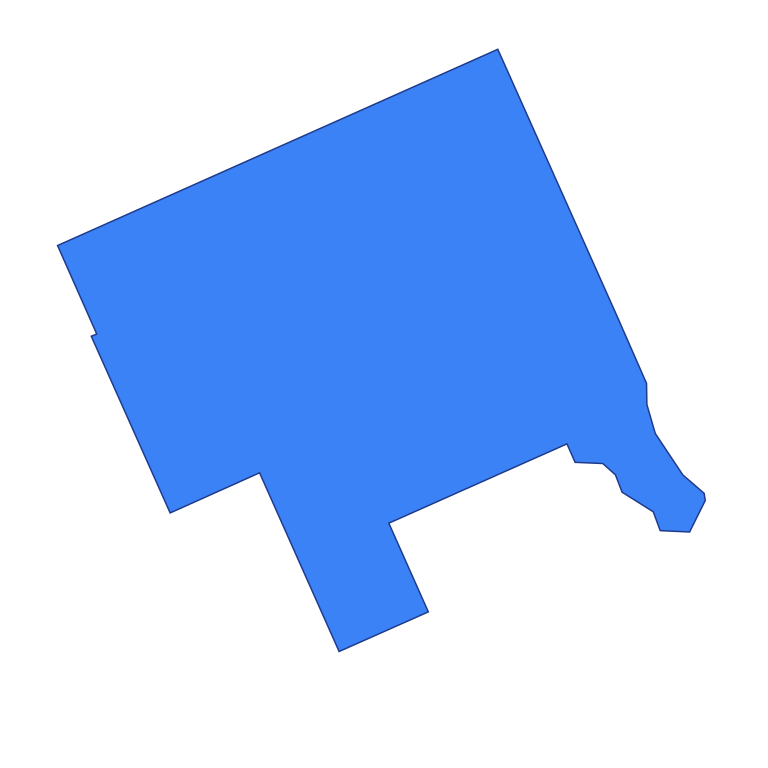 outline of Noble, Oklahoma, United States of America, rotated 66°
{"feature_id": "52423323B27580427525585", "entity_name": "Noble", "entity_type": "district", "adm_level": 2, "iso_a3": "USA", "parent_name": "United States of America", "parent_adm1": "Oklahoma", "projection": "natural_earth1", "projection_center": [-97.077, 36.38], "detail": "fine", "context": "isolated", "style": "filled", "palette": "blue", "viewbox_px": 768, "rotation_deg": 66, "n_neighbors": 0, "source": "geoboundaries", "source_scale": "gbopen_adm2", "svg_char_len": 482}
<svg xmlns="http://www.w3.org/2000/svg" viewBox="0 0 768 768"><g transform="rotate(66 384 384)"><path d="M124.7,625.9L221.5,626.1L221.3,632.0L414.8,631.8L414.5,533.8L610.1,533.8L610.2,436.2L513.1,436.2L513.1,355.9L513.1,241.2L533.3,241.3L545.6,216.5L561.2,209.5L579.7,210.5L610.3,190.0L630.3,191.3L643.5,165.0L621.1,137.9L614.1,136.0L588.6,148.0L539.6,156.3L509.7,152.2L490.2,143.9L416.0,143.5L124.5,143.9L124.7,625.9Z" fill="#3b82f6" stroke="#1e3a8a" stroke-width="1.5"/></g></svg>